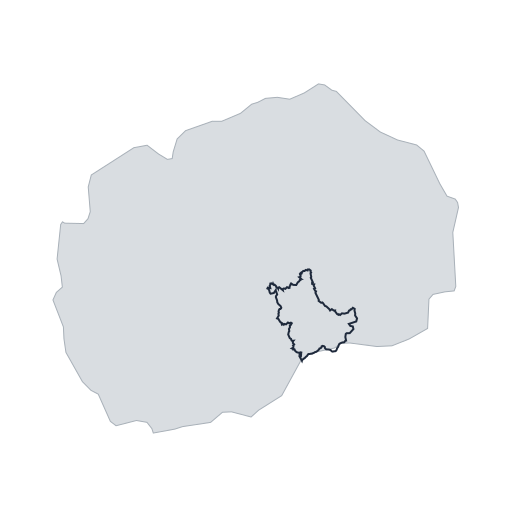 location of Kavadartsi, Kavadartsi, North Macedonia, rotated 353°
{"feature_id": "65306769B96152204239158", "entity_name": "Kavadartsi", "entity_type": "district", "adm_level": 2, "iso_a3": "MKD", "parent_name": "North Macedonia", "parent_adm1": "Kavadartsi", "projection": "mercator", "projection_center": [22.001, 41.309], "detail": "fine", "context": "in_parent", "style": "outline", "palette": "slate", "viewbox_px": 512, "rotation_deg": 353, "n_neighbors": 0, "source": "geoboundaries", "source_scale": "gbopen_adm2", "svg_char_len": 4286}
<svg xmlns="http://www.w3.org/2000/svg" viewBox="0 0 512 512"><g transform="rotate(353 256 256)"><path d="M229.4,117.0L238.4,118.1L258.0,112.5L270.2,104.8L276.4,103.7L284.6,100.7L296.5,101.1L308.6,104.5L323.9,100.0L339.0,92.8L345.0,94.6L351.5,100.7L355.8,102.4L380.8,135.0L394.5,148.1L410.6,158.1L429.0,165.4L435.6,172.4L447.3,206.8L452.9,219.9L460.7,223.8L462.6,227.5L462.9,232.5L454.2,256.6L450.6,310.5L448.4,314.8L439.2,314.6L427.0,315.7L422.4,319.9L417.5,348.8L397.9,357.0L380.0,361.7L365.0,360.6L338.6,353.8L330.0,353.0L322.6,356.9L299.1,359.0L288.7,364.0L264.5,397.7L239.9,409.3L231.5,415.2L212.7,407.7L203.7,407.0L190.7,415.6L162.2,416.4L154.5,417.9L132.5,419.2L131.6,414.6L127.5,407.8L117.3,404.7L96.4,407.4L91.3,402.4L82.6,373.9L75.9,369.3L68.4,359.6L55.6,328.5L55.3,314.8L56.2,302.9L49.1,274.9L53.4,267.8L60.0,263.3L60.1,252.0L58.2,234.8L66.0,200.9L68.1,198.5L70.1,200.1L88.9,202.8L93.8,198.5L96.9,191.8L97.9,167.0L102.4,155.5L148.0,133.6L161.4,132.8L171.7,142.9L179.8,149.3L184.7,149.1L186.5,142.6L192.0,130.2L201.4,123.0L229.1,116.9L229.4,117.0Z" fill="#d9dde1" stroke="#a8b0b8" stroke-width="1"/><path d="M316.7,310.8L316.2,310.2L315.0,310.4L312.7,308.2L313.0,307.1L310.5,299.8L311.3,298.4L310.5,297.8L309.6,295.6L310.7,295.2L309.6,292.3L310.3,291.2L308.3,290.5L308.5,289.1L309.2,288.9L307.7,284.2L308.3,283.5L308.0,280.0L308.7,279.1L308.2,278.4L308.5,277.1L307.2,275.8L305.7,275.7L305.4,276.6L303.6,275.9L302.4,276.8L301.1,276.6L299.7,277.7L299.2,277.7L297.9,278.6L298.7,279.2L297.5,279.8L297.9,281.3L297.5,282.1L296.3,282.3L297.9,284.1L297.4,284.0L297.2,285.2L296.6,285.1L295.8,286.4L294.3,287.2L292.4,289.7L289.4,289.2L287.5,287.5L286.6,288.6L286.6,289.3L285.6,290.3L285.4,291.7L284.5,291.8L283.0,290.7L281.1,292.2L279.8,291.6L278.8,291.9L278.3,292.3L278.4,293.1L275.2,289.8L274.2,290.2L274.0,291.0L273.7,290.2L272.4,289.4L272.1,288.1L270.9,286.7L270.3,287.0L269.7,286.5L269.5,285.7L269.3,286.1L267.9,285.0L266.9,285.1L266.9,285.9L266.0,287.1L266.3,289.6L263.9,288.8L263.4,289.6L264.0,289.9L264.9,291.4L265.2,294.0L265.9,295.2L269.2,294.9L271.4,292.3L271.3,293.4L271.7,293.7L272.3,296.8L270.9,298.3L270.7,299.3L271.5,302.6L271.5,304.6L272.3,306.4L274.3,308.7L274.8,310.4L274.5,311.0L273.7,311.6L272.9,311.5L272.1,312.5L271.6,314.0L271.8,315.1L271.2,316.0L271.3,317.9L269.3,320.5L270.5,321.1L271.9,324.3L273.4,325.6L273.1,325.9L273.4,327.3L274.5,326.8L275.2,327.6L275.9,326.9L277.5,327.5L279.6,325.9L280.7,326.8L282.5,326.4L283.3,327.1L282.0,328.8L281.1,329.1L281.0,330.9L279.8,332.5L279.9,334.6L279.3,335.3L278.4,337.8L279.5,341.6L280.7,342.6L281.0,344.2L281.6,344.7L282.8,344.7L282.2,345.3L282.0,346.9L283.1,348.4L282.0,349.3L282.3,349.6L281.8,351.5L280.4,352.1L281.3,352.6L281.5,353.4L282.8,353.3L283.3,354.9L284.6,356.4L287.0,357.4L288.3,357.0L289.2,357.3L289.1,357.7L288.2,357.8L288.4,358.4L287.7,358.9L288.7,359.5L288.4,360.8L287.6,360.5L286.9,360.7L288.8,365.6L289.0,365.1L289.2,364.9L289.3,364.7L289.5,364.6L291.0,363.7L291.9,363.3L292.6,362.7L293.6,361.9L294.4,361.5L295.0,360.8L295.5,360.1L296.1,359.7L296.5,359.7L297.4,359.8L298.4,359.7L299.6,359.8L300.8,359.4L301.9,359.1L302.1,359.0L302.5,358.7L303.0,358.6L303.9,358.5L305.5,357.7L307.2,356.4L307.6,355.6L308.4,355.4L308.8,355.4L309.2,355.2L309.5,354.9L309.8,354.7L310.0,354.5L310.0,354.2L310.1,353.7L311.0,353.3L312.2,353.7L312.6,353.9L312.7,354.1L313.2,354.6L313.2,354.8L313.2,355.3L313.2,355.8L313.5,356.3L314.3,357.2L315.3,357.4L316.8,357.7L318.3,358.3L318.5,358.4L318.9,358.8L319.4,359.6L319.7,359.9L320.6,360.3L321.4,360.1L321.8,360.1L322.9,360.2L323.9,359.8L324.5,359.0L324.8,358.5L325.1,357.7L325.4,357.2L325.9,356.8L326.5,356.1L327.1,354.8L327.8,353.7L328.0,353.4L328.4,353.2L328.8,353.0L330.1,352.6L330.5,352.5L330.9,352.4L331.4,352.3L331.9,352.4L332.7,352.4L333.2,352.3L333.4,352.0L334.1,351.2L334.9,350.9L335.1,350.9L334.8,347.3L335.6,344.3L336.5,343.7L339.6,344.0L343.8,340.4L343.5,337.7L341.1,336.9L339.9,334.7L347.5,333.2L348.7,330.2L347.1,327.1L347.5,325.1L347.1,322.2L347.5,320.5L345.8,319.2L344.3,320.6L343.5,320.4L342.5,321.4L341.7,321.5L340.5,323.4L336.8,324.0L334.3,323.4L332.3,324.8L331.2,323.9L330.7,324.4L329.5,323.6L327.7,320.5L327.9,319.7L326.5,319.6L324.8,318.0L322.9,319.1L322.3,317.7L319.7,314.6L318.4,314.0L316.7,310.8Z" fill="none" stroke="#1e293b" stroke-width="2"/></g></svg>